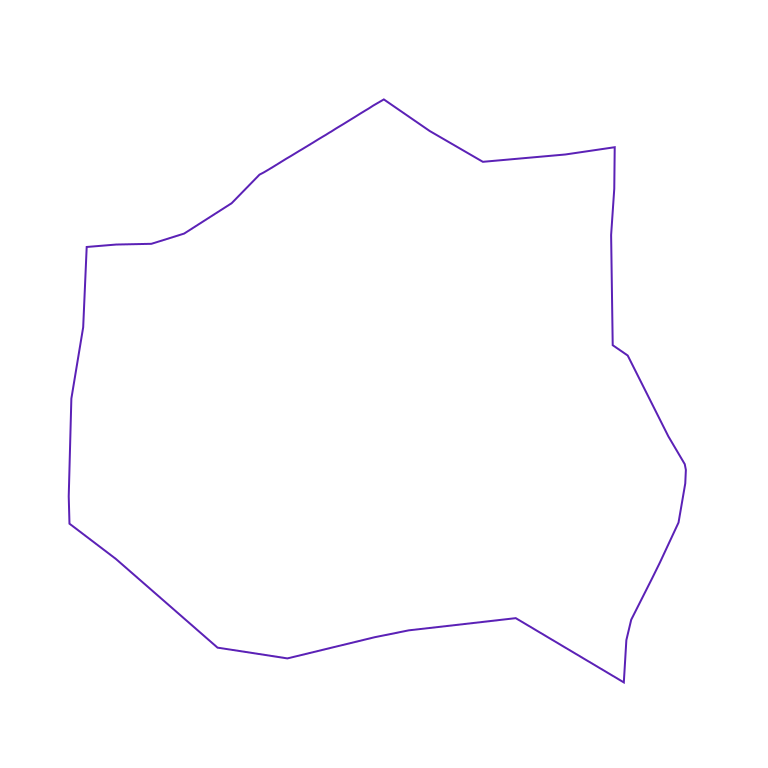 outline of Cogt-Cecii, Ömnögovi, Mongolia, rotated 6°
{"feature_id": "93677404B54738305211912", "entity_name": "Cogt-Cecii", "entity_type": "district", "adm_level": 2, "iso_a3": "MNG", "parent_name": "Mongolia", "parent_adm1": "Ömnögovi", "projection": "equal_earth", "projection_center": [105.867, 43.804], "detail": "fine", "context": "isolated", "style": "outline", "palette": "violet", "viewbox_px": 768, "rotation_deg": 6, "n_neighbors": 0, "source": "geoboundaries", "source_scale": "gbopen_adm2", "svg_char_len": 915}
<svg xmlns="http://www.w3.org/2000/svg" viewBox="0 0 768 768"><g transform="rotate(6 384 384)"><path d="M653.7,655.7L651.8,613.4L654.5,592.6L670.9,549.4L677.1,532.6L691.4,491.0L694.0,451.4L693.2,437.9L691.5,432.3L672.3,406.4L623.4,330.2L607.4,321.5L594.3,212.1L592.6,165.8L588.7,124.4L540.3,136.8L459.1,152.7L403.0,127.6L354.1,101.0L348.2,105.3L344.1,108.3L339.9,111.7L336.8,114.0L331.7,117.9L327.0,121.6L323.2,124.5L321.0,126.2L316.1,130.0L311.3,133.6L309.2,135.2L305.1,138.5L303.4,139.7L300.0,142.4L297.8,144.0L293.0,147.6L288.0,151.5L286.0,153.0L278.0,159.1L275.0,161.3L274.5,161.7L267.7,166.9L263.2,170.2L253.4,177.8L251.2,179.5L245.5,183.8L242.1,186.3L238.3,188.8L213.6,220.1L169.5,255.3L138.0,268.9L103.1,273.3L74.0,278.8L78.9,359.0L74.6,431.2L82.2,528.7L85.8,555.8L135.6,586.0L246.0,663.6L316.6,667.0L401.2,636.8L434.4,626.4L539.5,603.1L653.7,655.7Z" fill="none" stroke="#5b21b6" stroke-width="2"/></g></svg>